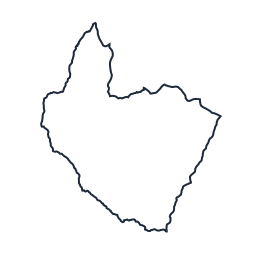 Jericó, Boyacá, Colombia, rotated 192°
{"feature_id": "7082276B82066081329321", "entity_name": "Jericó", "entity_type": "district", "adm_level": 2, "iso_a3": "COL", "parent_name": "Colombia", "parent_adm1": "Boyacá", "projection": "robinson", "projection_center": [-72.572, 6.138], "detail": "fine", "context": "isolated", "style": "outline", "palette": "slate", "viewbox_px": 256, "rotation_deg": 192, "n_neighbors": 0, "source": "geoboundaries", "source_scale": "gbopen_adm2", "svg_char_len": 5788}
<svg xmlns="http://www.w3.org/2000/svg" viewBox="0 0 256 256"><g transform="rotate(192 128 128)"><path d="M168.6,73.5L167.7,73.3L166.8,72.8L165.6,71.6L165.4,70.7L165.6,68.1L165.2,66.9L164.7,64.6L164.2,63.4L163.4,62.9L163.2,62.6L162.5,61.2L161.7,60.6L161.1,60.3L160.7,59.8L160.4,59.4L160.3,58.5L160.0,58.1L159.7,57.3L159.0,57.4L158.2,57.9L157.2,57.2L156.4,57.0L154.9,58.1L154.4,58.2L153.9,58.1L152.9,57.1L151.9,56.9L151.6,56.6L150.6,55.5L149.4,55.2L146.7,53.9L144.4,52.9L144.1,52.6L143.7,52.0L143.0,51.3L142.3,51.1L140.8,51.0L139.6,50.5L137.9,49.0L137.0,49.0L136.7,48.9L136.4,48.6L136.2,47.9L136.0,47.7L135.2,47.5L134.5,47.0L133.7,47.0L133.0,46.7L132.6,46.2L132.5,45.5L132.3,45.2L129.2,44.2L128.6,43.5L127.5,43.3L126.8,42.1L125.8,41.6L125.1,40.9L124.7,40.8L123.6,41.1L122.1,40.7L120.4,40.7L120.1,40.4L120.0,39.8L119.8,39.5L118.9,38.4L117.7,37.3L117.2,37.0L116.5,36.8L115.6,35.5L114.5,35.2L113.9,34.8L113.0,35.2L112.5,35.7L112.4,36.1L112.6,36.8L112.5,37.1L111.8,37.2L110.8,37.8L109.5,38.3L109.0,37.9L107.7,37.7L106.9,38.5L106.0,38.7L104.9,39.3L103.3,39.8L102.6,39.7L102.2,39.6L101.7,39.1L101.1,38.1L100.6,38.1L99.8,38.4L99.3,38.4L98.0,37.8L97.5,37.4L96.2,36.0L95.8,35.8L93.8,35.8L91.8,35.3L90.9,34.9L90.4,34.3L90.4,32.8L90.2,32.2L89.7,32.1L88.8,32.3L87.5,31.6L86.5,31.6L85.2,31.8L84.9,31.9L84.5,32.6L84.0,33.1L82.6,33.6L81.2,34.5L79.7,34.3L79.0,34.0L78.6,33.9L77.1,33.9L75.9,34.3L74.4,35.2L72.3,36.0L71.4,36.0L70.9,35.9L69.4,34.8L68.8,34.7L68.6,34.8L69.5,37.7L69.9,41.1L69.7,41.9L67.7,43.8L67.3,44.8L67.2,46.2L67.6,48.5L67.9,49.2L68.5,49.6L68.7,50.3L68.7,50.7L68.5,51.8L68.3,52.5L66.7,54.8L66.3,55.7L66.0,56.7L66.0,58.1L66.4,59.5L66.5,60.6L66.1,62.3L66.0,64.9L65.4,66.8L65.3,67.6L65.5,68.1L66.0,68.7L66.1,69.4L66.0,69.8L65.9,70.1L64.9,70.8L62.3,73.9L62.3,74.9L62.5,77.8L62.4,78.5L61.9,80.6L62.0,81.7L61.7,82.5L59.4,84.6L58.5,85.1L56.8,86.4L55.5,87.2L55.1,87.6L55.1,88.1L55.6,88.7L56.2,89.8L56.6,91.2L57.0,92.0L57.3,93.3L56.9,94.2L56.3,95.3L53.7,98.6L53.4,99.8L53.7,102.0L53.4,103.4L53.1,104.3L51.4,107.6L50.8,109.4L49.6,110.9L49.3,111.6L49.4,114.3L49.1,116.3L49.5,118.6L49.4,119.6L49.5,120.6L49.5,121.1L48.8,122.4L47.8,123.7L47.5,124.3L47.6,127.1L46.5,130.0L46.3,131.0L46.3,132.6L45.8,134.2L45.6,134.7L44.3,136.2L43.6,137.5L43.3,138.7L43.4,142.3L43.0,145.0L42.9,147.4L42.1,149.8L42.4,151.9L42.1,154.4L41.8,155.3L41.2,156.2L39.9,158.7L41.9,159.3L42.8,159.6L45.4,160.2L46.7,160.3L48.7,160.3L49.1,160.4L51.4,161.7L55.9,163.2L58.3,163.8L60.8,164.8L61.2,165.1L62.2,166.6L63.0,168.7L63.6,171.0L66.5,170.8L69.1,170.1L70.4,169.5L73.1,167.4L74.2,167.1L75.5,167.2L76.1,167.5L76.8,168.3L77.7,169.0L78.5,171.3L78.8,171.7L79.7,172.7L82.4,174.9L83.5,176.1L85.3,177.1L87.6,178.5L89.5,178.5L90.2,178.4L92.1,177.6L93.5,177.2L98.4,177.4L98.8,177.6L100.0,177.6L101.2,178.1L102.1,177.5L103.5,175.8L104.9,172.8L107.7,168.5L112.7,166.4L113.2,166.3L114.1,167.3L114.9,167.9L117.4,169.3L118.5,169.6L119.1,170.0L120.1,170.4L120.9,170.5L120.8,169.8L120.6,169.5L120.6,169.1L120.4,168.9L120.4,168.6L120.8,168.3L121.0,168.3L121.5,168.1L122.0,167.6L122.5,167.1L122.6,166.5L123.6,165.7L124.2,165.7L125.2,165.0L126.0,164.8L126.1,164.6L126.3,164.6L126.8,165.0L127.0,165.0L127.2,164.5L127.9,163.8L129.5,163.2L130.1,162.7L132.4,161.6L132.7,161.2L133.2,160.2L134.0,159.2L134.1,158.2L135.2,158.2L137.4,157.5L138.5,156.6L139.3,156.3L139.7,155.8L140.0,155.7L142.1,155.8L142.7,155.5L143.2,155.0L143.8,155.0L145.2,155.7L146.3,156.3L147.8,156.4L149.6,156.3L152.2,155.4L152.6,156.2L153.3,157.2L154.6,158.8L155.2,159.2L154.8,160.8L154.8,161.8L155.0,163.2L155.1,163.5L156.0,164.4L156.4,165.1L156.6,165.9L156.5,166.8L156.2,168.2L155.3,170.8L154.7,173.5L154.7,175.1L154.7,176.1L155.4,177.5L156.0,178.5L156.8,180.2L158.6,185.3L159.1,187.5L159.2,188.9L159.0,191.0L157.9,195.4L158.5,198.2L159.7,200.3L160.7,201.3L162.6,202.7L163.2,203.8L163.3,205.2L163.5,206.1L164.9,204.5L165.7,203.9L166.7,203.3L167.9,203.2L169.0,203.4L169.6,203.7L170.9,205.4L174.3,209.1L176.7,212.9L177.1,213.8L177.6,215.8L178.1,217.2L180.1,219.8L180.4,220.6L180.9,222.7L181.4,224.2L181.3,224.4L183.8,222.2L183.6,221.3L183.8,220.3L185.4,215.1L185.7,214.4L186.2,214.2L186.8,214.4L187.5,213.6L188.4,213.5L189.7,212.1L190.0,211.7L190.6,209.8L190.9,208.3L191.6,206.7L192.8,204.8L193.4,203.0L193.9,202.2L193.8,201.4L194.0,200.7L193.7,200.2L193.9,200.0L194.4,199.9L194.9,198.6L194.6,198.4L194.8,198.1L194.7,197.6L194.9,197.5L195.3,197.6L195.5,197.6L196.0,196.2L195.4,194.9L195.4,194.6L195.8,193.5L196.5,192.3L196.8,191.3L196.8,190.6L196.4,189.0L196.3,187.8L196.3,185.4L196.7,182.1L196.4,180.8L196.4,180.3L196.6,179.8L198.0,177.1L198.1,176.1L197.6,172.9L196.9,171.0L195.8,169.1L195.6,168.0L195.4,165.9L195.7,164.9L196.6,164.0L196.9,163.5L196.9,160.9L197.1,160.5L197.9,159.6L198.2,158.8L198.2,158.2L197.9,156.5L198.8,153.8L199.1,150.3L199.6,149.7L200.8,149.6L202.5,148.4L204.1,147.5L206.2,147.6L208.5,147.5L209.7,146.4L210.9,146.3L211.3,145.7L211.7,145.4L213.0,144.6L213.7,143.2L213.9,141.9L214.2,141.0L214.7,140.3L215.5,139.9L216.0,139.4L216.1,138.7L215.8,137.0L216.0,134.9L214.9,132.1L214.7,130.5L214.0,128.7L213.5,127.9L213.3,126.8L213.3,126.2L213.7,125.4L214.0,124.3L214.1,123.0L213.7,120.3L213.5,117.3L213.5,116.6L213.8,114.8L213.8,113.9L212.8,111.6L212.6,111.4L212.3,111.4L210.7,111.9L209.8,110.9L206.8,109.6L205.8,108.8L205.2,108.1L204.9,107.2L205.0,106.0L204.9,105.2L204.1,103.1L203.5,102.3L202.4,101.3L202.0,100.9L201.8,100.3L201.7,99.0L200.5,97.1L200.0,95.0L199.1,93.8L197.6,92.8L197.0,91.6L196.8,90.6L196.5,89.8L194.9,89.6L194.3,89.6L193.3,90.1L192.3,90.2L190.4,89.5L189.3,88.7L187.6,89.0L187.2,88.9L186.0,88.0L184.6,87.3L182.3,86.5L180.8,85.7L180.5,85.5L180.0,84.7L179.0,84.1L176.8,82.2L175.0,81.4L173.7,80.2L173.0,79.1L172.4,77.9L172.0,77.6L171.3,77.5L171.1,77.3L170.5,76.2L169.8,75.5L169.1,74.0L168.6,73.5Z" fill="none" stroke="#1e293b" stroke-width="2"/></g></svg>